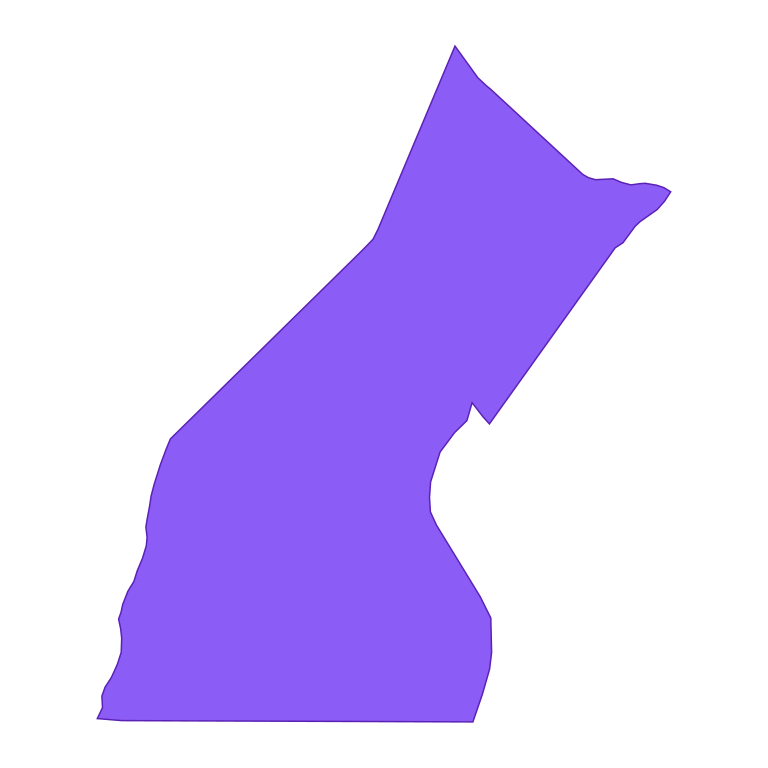 Junco do Maranhão, Maranhão, Brazil (Robinson projection)
{"feature_id": "56859067B88031270249569", "entity_name": "Junco do Maranhão", "entity_type": "district", "adm_level": 2, "iso_a3": "BRA", "parent_name": "Brazil", "parent_adm1": "Maranhão", "projection": "robinson", "projection_center": [-46.119, -1.889], "detail": "fine", "context": "isolated", "style": "filled", "palette": "violet", "viewbox_px": 768, "rotation_deg": 0, "n_neighbors": 0, "source": "geoboundaries", "source_scale": "gbopen_adm2", "svg_char_len": 966}
<svg xmlns="http://www.w3.org/2000/svg" viewBox="0 0 768 768"><path d="M97.3,718.6L121.8,720.6L472.9,721.9L482.4,694.2L489.6,669.1L491.6,652.4L490.8,618.0L480.2,596.7L436.4,525.0L430.4,511.9L429.5,497.3L430.6,481.9L440.1,452.0L454.5,432.7L466.9,420.6L472.1,402.7L483.0,416.8L489.4,423.9L615.2,247.8L623.0,242.7L635.1,226.3L640.2,221.5L657.2,209.5L664.5,201.3L670.7,191.8L663.8,187.6L656.6,185.2L645.2,183.3L639.6,183.7L630.9,184.9L621.5,182.4L613.1,178.8L595.6,179.7L588.4,177.7L582.6,174.3L490.8,89.4L486.1,85.5L477.8,77.7L455.0,46.1L378.0,229.3L373.1,239.1L367.6,244.9L362.1,250.5L170.4,438.9L166.1,449.3L160.3,464.9L154.2,484.2L151.1,496.0L149.6,506.1L147.1,519.4L145.9,527.0L147.1,537.5L146.3,545.8L142.5,558.3L137.3,570.6L133.9,581.4L127.9,591.2L122.7,604.5L121.1,612.0L118.6,619.1L120.6,628.4L121.7,638.2L121.2,652.4L117.5,663.9L114.9,669.8L111.2,677.8L105.1,687.1L101.9,696.1L102.5,707.6L97.3,718.6Z" fill="#8b5cf6" stroke="#5b21b6" stroke-width="1.5"/></svg>